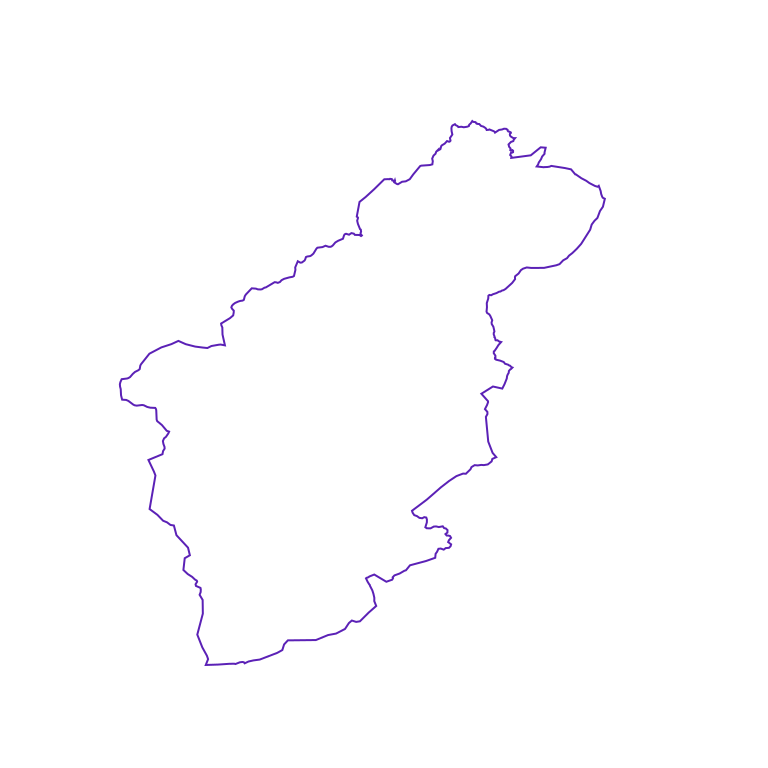 Antananarivo Atsimondrano, Analamanga, Madagascar (Natural Earth projection), rotated 66°
{"feature_id": "10022922B82805843876956", "entity_name": "Antananarivo Atsimondrano", "entity_type": "district", "adm_level": 2, "iso_a3": "MDG", "parent_name": "Madagascar", "parent_adm1": "Analamanga", "projection": "natural_earth1", "projection_center": [47.486, -19.01], "detail": "fine", "context": "isolated", "style": "outline", "palette": "violet", "viewbox_px": 768, "rotation_deg": 66, "n_neighbors": 0, "source": "geoboundaries", "source_scale": "gbopen_adm2", "svg_char_len": 6153}
<svg xmlns="http://www.w3.org/2000/svg" viewBox="0 0 768 768"><g transform="rotate(66 384 384)"><path d="M336.2,146.9L326.9,132.9L322.8,129.4L320.5,125.3L319.1,121.5L313.8,116.3L311.1,111.9L304.6,106.9L302.8,108.4L301.4,108.5L298.7,108.3L295.9,107.6L290.3,107.2L290.7,108.6L290.2,109.2L288.9,110.7L284.0,114.6L280.6,116.6L276.3,120.0L270.5,123.5L270.3,124.0L264.0,125.8L260.3,130.9L252.8,142.5L252.8,144.3L252.2,146.5L251.0,149.5L251.0,149.8L247.4,156.0L246.1,153.9L244.6,152.5L242.5,149.1L240.5,147.0L239.0,143.7L237.8,143.2L233.9,140.2L231.5,144.6L234.8,156.9L229.2,175.8L228.0,175.0L226.1,175.6L224.2,173.7L224.8,172.6L224.7,171.8L223.4,171.2L222.5,171.6L222.2,173.1L221.8,173.5L220.3,172.6L218.2,173.2L215.8,172.8L214.5,169.5L214.7,167.1L213.6,166.1L212.7,164.3L212.2,165.4L211.5,166.2L209.3,167.6L208.2,167.8L207.1,167.5L206.6,167.1L206.2,165.9L205.8,165.8L204.5,166.8L203.9,167.7L202.8,168.0L202.0,167.7L200.5,168.7L199.6,170.6L199.5,172.6L198.7,175.5L199.5,180.3L198.7,180.3L197.6,181.0L194.3,184.2L194.4,184.8L193.7,186.9L192.3,186.9L191.4,187.2L189.3,188.5L187.7,190.4L185.3,191.2L184.3,193.0L183.7,193.2L183.6,193.6L182.0,193.9L180.8,195.9L179.7,196.4L181.2,198.8L181.8,200.7L182.9,201.6L182.8,203.4L181.9,206.7L180.5,208.6L179.5,211.6L178.4,211.8L176.7,213.2L175.5,213.5L175.7,216.3L176.5,217.5L177.8,218.4L180.5,219.4L183.9,220.1L186.1,223.7L188.8,224.3L189.2,225.1L189.2,226.0L187.7,227.6L189.1,230.8L189.5,234.0L189.9,234.9L192.4,237.0L192.6,239.2L191.9,238.9L193.0,241.8L194.6,243.3L195.5,245.9L197.7,248.3L200.3,248.8L203.0,250.5L202.6,253.1L199.7,261.1L199.6,262.3L204.4,272.0L207.4,277.2L207.7,281.7L206.6,285.2L207.2,290.0L206.6,290.8L204.1,292.5L203.0,291.3L202.4,291.2L203.0,291.8L203.1,292.7L201.7,292.9L201.3,293.7L200.0,293.5L199.0,295.1L199.1,296.0L198.6,296.7L197.1,300.5L202.0,313.6L205.7,324.7L207.7,332.3L220.0,340.8L221.3,340.1L222.1,340.5L223.9,342.1L227.1,342.7L232.8,342.9L233.5,342.4L235.6,343.0L236.5,344.0L237.2,344.3L239.3,343.8L239.5,344.8L237.9,345.8L235.9,350.0L234.4,350.4L232.9,352.4L233.4,355.2L231.3,357.6L231.3,359.1L232.0,360.1L234.6,362.4L234.5,367.7L234.9,370.9L236.6,374.4L237.0,376.1L236.8,377.4L236.1,378.8L233.9,381.2L233.9,384.5L232.4,389.4L232.9,390.7L236.2,395.5L237.0,398.2L237.1,399.5L236.3,402.3L236.3,403.7L238.2,405.4L238.9,406.4L239.6,409.6L239.1,411.1L236.8,412.8L241.4,417.7L243.7,418.5L248.7,422.3L248.9,423.8L248.1,427.1L247.3,432.5L247.5,435.4L248.5,437.6L248.4,439.9L247.3,441.1L246.5,442.5L247.7,452.7L247.4,454.0L247.8,457.0L247.4,458.4L246.2,460.8L244.8,462.2L242.8,465.9L246.1,473.9L247.2,475.5L250.1,477.8L250.3,479.2L249.6,481.7L249.4,483.8L249.4,487.0L249.9,489.3L250.7,491.1L251.9,492.3L253.5,492.2L255.9,491.4L257.7,492.3L260.0,493.9L261.2,498.0L262.5,508.2L264.2,508.7L266.6,508.7L273.1,511.4L284.0,513.6L281.5,517.2L280.9,519.0L279.1,526.2L279.3,530.7L276.9,534.9L273.0,541.3L267.0,548.9L261.0,554.3L261.1,562.0L260.0,572.5L260.9,586.0L267.1,597.9L268.0,599.1L271.0,601.1L271.5,602.7L271.7,606.6L272.6,609.4L274.4,613.2L274.6,615.2L274.5,616.4L272.9,621.7L275.1,624.1L276.8,625.4L279.1,626.2L281.6,626.6L287.3,628.8L291.8,629.6L293.7,626.0L295.5,624.4L300.9,621.4L302.0,620.5L303.2,618.7L304.8,613.5L305.7,612.1L308.7,609.6L310.6,607.1L312.8,602.7L314.3,602.5L315.5,602.8L324.1,606.2L325.7,606.3L331.1,603.6L338.4,601.5L340.1,599.7L341.4,601.1L343.6,604.7L344.2,607.0L346.2,609.2L349.1,609.9L352.2,610.1L353.8,610.7L355.4,613.1L358.0,614.9L357.6,630.1L370.3,629.8L374.6,630.0L402.9,649.0L411.4,644.2L419.1,641.4L422.1,638.5L425.9,636.4L427.8,633.5L437.7,635.1L453.8,629.6L461.5,631.0L462.1,636.9L472.3,642.9L477.8,640.6L482.2,637.7L485.8,636.2L487.5,635.0L488.6,635.1L490.3,637.6L492.0,637.9L495.6,634.6L497.1,634.9L499.5,636.1L501.6,638.2L507.5,637.5L520.1,642.9L537.0,656.5L550.7,657.1L560.2,656.3L563.8,656.6L568.2,661.1L572.9,649.5L576.6,639.4L578.6,634.6L579.4,633.6L579.6,628.9L580.4,626.3L581.2,625.2L582.5,624.9L582.4,620.7L583.4,615.7L585.2,609.6L586.2,590.9L585.7,585.1L581.3,581.2L579.1,576.1L590.2,550.4L590.6,537.2L592.5,529.3L591.9,519.2L588.1,513.3L587.0,509.6L590.0,506.2L591.0,502.5L586.6,491.0L583.6,481.4L578.4,481.2L575.4,479.8L571.4,479.0L567.8,478.6L562.5,478.9L561.8,478.7L560.9,479.0L557.9,479.4L554.2,479.5L554.0,478.6L554.2,477.0L553.9,475.6L554.1,470.4L565.6,462.3L566.1,456.1L565.0,454.7L564.1,454.7L563.1,452.3L563.5,446.8L562.9,441.4L563.1,439.7L560.2,434.0L562.8,417.6L563.6,407.9L560.1,405.9L558.9,403.8L556.7,401.3L557.4,399.1L559.6,396.8L559.0,394.4L560.1,391.3L559.3,389.2L557.8,387.9L554.5,389.7L553.1,388.2L551.8,385.3L549.8,385.5L548.8,386.6L547.9,388.4L546.1,388.9L545.5,386.5L543.3,385.4L541.1,386.3L540.1,387.7L537.9,388.2L537.0,392.1L535.4,394.2L534.5,396.4L534.8,400.2L533.2,403.6L531.7,404.5L527.8,401.1L525.2,399.9L523.2,399.7L522.0,401.4L522.2,403.7L520.7,406.1L518.1,407.6L516.1,409.7L513.3,410.2L511.2,410.0L507.0,391.8L501.5,373.9L499.0,363.7L497.6,355.3L498.0,348.2L499.3,345.7L497.1,339.7L495.5,337.9L495.0,334.2L496.5,331.5L497.5,328.0L498.7,325.8L499.7,321.9L498.5,317.2L496.5,315.5L496.5,311.2L491.1,312.8L479.0,312.2L455.5,304.3L453.5,301.7L451.5,300.9L448.0,302.0L445.1,298.4L442.9,296.3L442.0,296.0L432.5,299.0L430.6,285.5L436.3,277.8L433.2,274.0L428.9,269.6L426.9,268.4L425.6,267.1L424.6,265.6L422.9,264.6L422.1,263.0L421.9,261.7L421.2,260.0L420.5,260.7L418.6,261.4L417.6,262.4L416.9,262.7L414.7,265.2L412.6,265.7L409.9,268.4L407.4,271.7L406.1,272.4L405.3,272.0L405.5,271.6L403.4,270.7L400.5,271.2L398.9,270.4L398.8,269.6L396.9,266.5L395.0,263.7L393.3,259.9L391.8,261.7L390.2,262.5L389.6,264.1L389.2,264.3L387.2,263.8L386.1,264.1L385.6,263.7L383.4,263.6L382.0,263.0L381.0,261.8L379.3,261.4L376.2,260.8L373.1,261.2L371.5,260.7L369.8,259.2L365.1,259.2L363.2,259.5L361.1,260.9L359.6,260.9L355.7,258.7L351.9,257.2L348.3,254.0L345.8,252.7L345.5,251.5L346.5,250.0L346.3,248.0L346.7,244.3L346.5,241.3L346.9,239.9L346.6,238.4L346.9,236.6L346.6,234.3L343.8,225.8L341.5,221.6L339.6,220.9L338.9,220.3L337.8,216.1L335.7,212.7L335.2,210.1L335.6,206.2L337.8,202.4L343.0,190.6L345.6,178.4L345.9,174.9L343.9,170.0L343.5,165.6L342.0,162.8L341.0,158.7L338.9,152.9L336.2,146.9Z" fill="none" stroke="#5b21b6" stroke-width="2"/></g></svg>